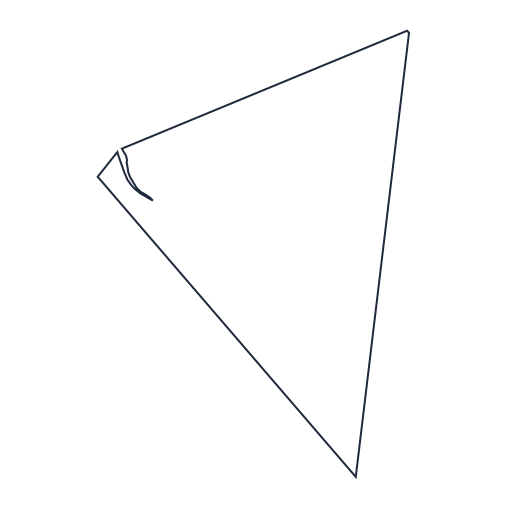 the district of Ngesias, Peleliu, Palau, rotated 269°
{"feature_id": "81905179B61182383580434", "entity_name": "Ngesias", "entity_type": "district", "adm_level": 2, "iso_a3": "PLW", "parent_name": "Palau", "parent_adm1": "Peleliu", "projection": "mercator", "projection_center": [134.244, 7.006], "detail": "fine", "context": "isolated", "style": "outline", "palette": "slate", "viewbox_px": 512, "rotation_deg": 269, "n_neighbors": 0, "source": "geoboundaries", "source_scale": "gbopen_adm2", "svg_char_len": 476}
<svg xmlns="http://www.w3.org/2000/svg" viewBox="0 0 512 512"><g transform="rotate(269 256 256)"><path d="M365.7,123.8L362.9,125.3L358.5,127.8L354.3,128.7L351.5,128.3L348.9,128.8L341.7,129.8L336.7,131.7L332.5,134.1L326.0,137.9L322.2,141.7L319.3,146.6L315.9,151.4L313.2,153.8L320.5,141.6L325.9,135.2L329.2,132.4L334.5,128.8L342.4,125.6L357.7,120.5L362.4,119.2L338.0,99.1L33.4,351.9L476.5,412.9L478.6,411.0L365.7,123.8Z" fill="none" stroke="#1e293b" stroke-width="2"/></g></svg>